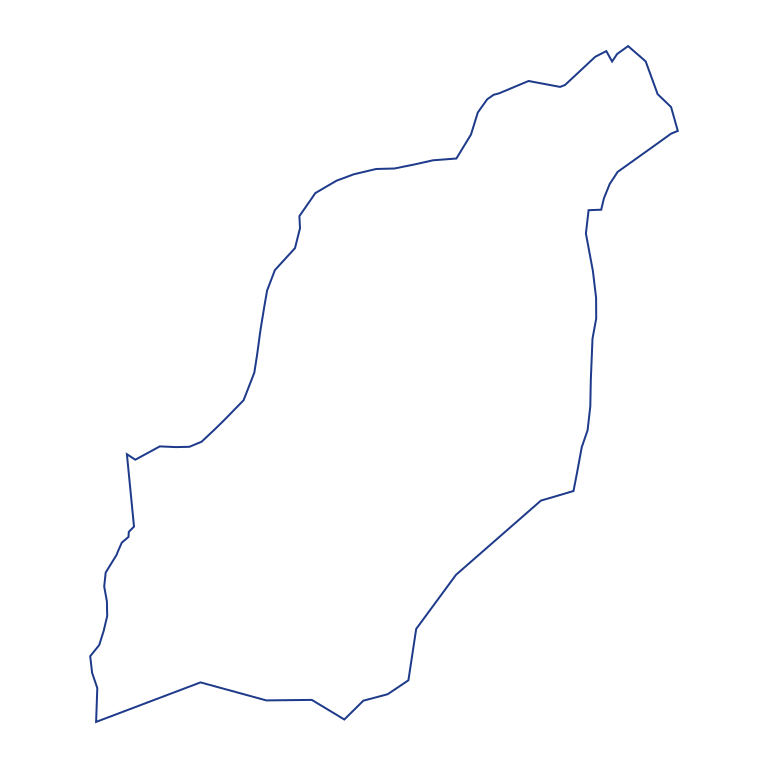 the district of Billiri, Gombe, Nigeria
{"feature_id": "59680162B8070211954831", "entity_name": "Billiri", "entity_type": "district", "adm_level": 2, "iso_a3": "NGA", "parent_name": "Nigeria", "parent_adm1": "Gombe", "projection": "natural_earth1", "projection_center": [11.13, 9.845], "detail": "fine", "context": "isolated", "style": "outline", "palette": "blue", "viewbox_px": 768, "rotation_deg": 0, "n_neighbors": 0, "source": "geoboundaries", "source_scale": "gbopen_adm2", "svg_char_len": 1363}
<svg xmlns="http://www.w3.org/2000/svg" viewBox="0 0 768 768"><path d="M96.1,721.9L200.5,682.4L266.3,700.4L311.8,699.9L344.3,719.5L363.3,700.7L387.7,694.2L408.4,680.3L416.2,628.9L456.0,574.8L540.9,500.6L573.5,491.0L577.2,471.9L581.8,446.9L582.0,446.5L582.3,445.6L586.1,434.6L587.6,430.1L590.3,406.3L590.8,380.2L592.5,338.7L596.2,318.6L596.1,297.8L592.9,271.0L585.9,233.5L588.6,210.2L601.2,209.7L603.9,198.4L609.7,184.0L616.6,173.5L617.6,171.9L618.9,171.0L653.9,146.0L671.0,133.7L675.1,132.0L677.8,130.9L671.1,107.1L657.5,94.0L657.0,92.4L645.7,61.4L628.1,46.1L617.1,54.0L612.1,61.5L606.3,51.1L595.2,56.8L565.0,85.0L564.5,85.2L560.1,86.9L554.2,85.8L547.9,84.6L528.5,81.0L498.9,93.4L493.6,94.8L487.2,99.3L477.8,112.5L471.0,134.5L456.4,158.5L447.4,159.2L433.0,160.3L414.7,164.4L394.4,168.5L379.2,168.9L376.1,169.0L353.7,174.3L336.5,180.7L325.7,187.0L315.3,193.1L309.5,201.6L308.5,203.0L299.4,216.1L300.0,228.2L295.0,248.1L274.9,270.1L267.1,290.5L264.4,306.0L260.7,328.6L259.8,334.8L257.1,354.8L254.3,372.7L243.6,400.2L224.6,419.7L214.6,429.5L201.6,441.7L189.4,446.8L176.2,447.1L159.8,446.4L135.3,459.7L126.9,454.2L134.0,526.6L128.8,531.9L128.5,536.9L121.8,542.6L118.1,551.0L116.5,555.0L105.7,572.5L104.2,586.5L106.9,601.4L107.2,616.0L103.7,630.8L99.2,645.1L90.2,656.2L92.1,672.8L97.3,688.1L96.5,710.7L96.1,721.9Z" fill="none" stroke="#1e3a8a" stroke-width="2"/></svg>